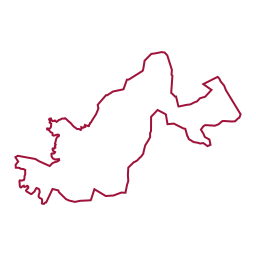 Ogoja, Cross River, Nigeria (Natural Earth projection)
{"feature_id": "59680162B30816727026324", "entity_name": "Ogoja", "entity_type": "district", "adm_level": 2, "iso_a3": "NGA", "parent_name": "Nigeria", "parent_adm1": "Cross River", "projection": "natural_earth1", "projection_center": [8.633, 6.522], "detail": "fine", "context": "isolated", "style": "outline", "palette": "rose", "viewbox_px": 256, "rotation_deg": 0, "n_neighbors": 0, "source": "geoboundaries", "source_scale": "gbopen_adm2", "svg_char_len": 3324}
<svg xmlns="http://www.w3.org/2000/svg" viewBox="0 0 256 256"><path d="M125.5,192.7L127.0,185.0L128.3,180.9L127.9,175.3L128.3,167.6L133.9,162.1L134.6,162.0L137.3,160.4L139.2,158.3L141.4,156.3L143.1,153.9L143.4,153.3L143.4,152.6L145.2,145.4L148.7,139.8L150.1,137.1L150.1,133.1L151.0,131.0L151.1,116.8L157.6,110.0L164.9,113.8L165.9,114.5L167.5,124.2L173.8,123.6L183.3,128.4L185.3,128.8L187.3,136.0L187.6,136.2L188.8,139.1L193.8,142.1L198.1,142.8L200.0,143.5L203.4,143.1L207.5,146.1L210.5,144.8L209.4,139.5L204.8,137.0L203.5,133.8L200.9,129.6L203.4,126.2L205.3,125.1L214.9,125.7L218.5,124.3L222.3,121.1L224.2,121.0L231.7,121.5L235.1,121.3L237.4,119.0L237.8,118.6L239.4,117.6L240.6,114.3L225.8,90.0L224.2,85.7L220.7,81.5L219.3,78.6L217.6,76.9L203.3,84.1L211.5,89.9L205.1,96.8L200.0,98.2L197.1,101.4L195.5,101.9L193.3,102.9L190.4,104.4L186.4,104.9L178.8,106.5L178.4,106.4L176.1,96.6L175.2,96.7L172.7,94.2L171.2,92.9L172.4,75.7L171.5,74.7L171.9,69.9L167.3,55.4L164.6,52.5L161.3,52.1L161.1,52.2L155.7,53.3L151.3,53.9L144.5,60.8L144.5,61.5L143.3,68.8L142.7,70.8L128.9,79.5L126.9,79.7L123.5,89.3L113.0,91.5L107.1,95.3L106.1,95.1L97.7,104.8L98.4,108.6L96.0,114.3L92.0,120.5L91.0,122.4L90.0,123.0L89.8,124.3L89.3,124.7L88.8,125.2L88.9,126.0L88.3,126.2L87.9,125.9L85.2,125.2L84.9,125.0L84.7,125.5L85.0,126.0L85.3,126.3L85.3,126.9L84.7,127.1L84.5,126.9L83.9,127.1L83.4,127.7L82.7,127.8L81.6,127.2L81.3,127.1L81.3,129.2L81.0,129.8L80.4,129.9L79.5,129.2L78.9,129.0L77.1,129.0L73.8,126.6L72.4,125.1L71.1,123.5L70.1,122.5L69.3,122.1L69.1,121.7L68.4,121.1L67.9,120.8L67.4,120.2L66.6,119.4L65.8,118.8L65.0,118.2L64.1,118.7L62.9,118.5L62.2,118.5L60.6,119.4L58.7,120.1L58.2,120.6L56.5,121.9L54.9,120.5L54.2,121.0L52.6,121.1L51.4,119.8L50.9,118.5L49.7,118.6L49.1,119.2L49.1,119.7L50.0,120.5L50.3,121.0L49.9,121.4L49.6,122.6L50.2,122.9L51.2,123.5L51.1,125.6L50.8,127.4L49.9,128.4L49.0,129.1L48.5,128.7L47.9,128.4L47.1,128.5L47.0,129.0L47.1,129.4L47.9,129.6L49.1,130.3L50.2,131.7L50.6,132.1L52.3,132.9L52.6,134.1L52.6,135.2L53.8,135.7L54.5,135.4L55.7,135.1L57.2,134.6L58.1,134.7L58.8,134.8L59.0,135.3L58.7,136.3L57.4,136.9L56.7,137.7L55.7,140.7L55.6,141.8L55.0,143.3L55.1,143.9L55.7,144.4L55.7,144.8L55.0,145.4L54.8,146.4L55.4,147.2L55.4,147.6L54.8,147.9L54.3,148.6L53.7,148.7L53.1,148.3L52.8,148.4L52.5,149.0L52.9,150.5L53.6,151.3L55.1,152.0L54.9,152.6L53.7,153.6L52.1,153.4L51.4,153.9L51.6,156.4L52.8,158.4L55.0,159.5L57.6,159.3L58.9,159.0L59.2,160.2L57.4,161.5L54.9,162.1L52.4,163.2L49.7,166.0L39.0,161.2L35.4,159.0L17.8,155.8L15.4,157.2L18.2,161.6L17.0,163.0L15.6,164.9L15.8,167.7L18.0,167.8L19.6,167.9L20.3,168.7L23.5,169.1L25.2,169.9L25.2,170.6L25.2,174.6L24.5,176.0L24.5,178.0L24.0,179.9L21.8,180.6L19.8,180.4L19.4,181.1L19.6,183.0L19.8,186.0L20.4,187.3L21.0,187.5L23.0,186.0L23.8,185.7L24.0,186.3L24.3,186.9L26.5,186.4L27.1,185.8L27.5,185.9L28.2,186.6L28.3,187.9L26.4,189.8L26.0,190.7L26.5,191.4L31.0,194.1L31.8,193.8L33.9,192.0L34.6,191.3L35.3,189.9L36.2,188.3L36.5,188.0L38.7,188.9L39.4,190.0L39.7,192.2L38.8,194.7L38.6,196.7L39.6,197.9L41.7,198.9L42.2,200.6L41.9,203.4L43.2,203.9L44.2,203.7L44.8,202.9L45.3,202.5L46.2,202.4L52.5,189.0L58.3,190.4L59.0,192.3L66.0,199.1L69.0,200.5L74.9,201.9L80.2,200.8L90.6,200.3L91.0,199.8L94.4,189.2L105.7,196.0L113.5,195.5L121.2,192.6L125.5,192.7Z" fill="none" stroke="#9f1239" stroke-width="2"/></svg>